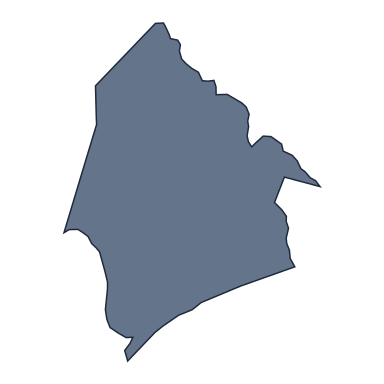 outline of Ouro Branco, Rio Grande do Norte, Brazil
{"feature_id": "56859067B23981894963021", "entity_name": "Ouro Branco", "entity_type": "district", "adm_level": 2, "iso_a3": "BRA", "parent_name": "Brazil", "parent_adm1": "Rio Grande do Norte", "projection": "natural_earth1", "projection_center": [-36.907, -6.684], "detail": "fine", "context": "isolated", "style": "filled", "palette": "slate", "viewbox_px": 384, "rotation_deg": 0, "n_neighbors": 0, "source": "geoboundaries", "source_scale": "gbopen_adm2", "svg_char_len": 1072}
<svg xmlns="http://www.w3.org/2000/svg" viewBox="0 0 384 384"><path d="M64.0,232.7L69.2,229.6L78.0,229.4L83.6,233.1L88.0,236.4L91.7,243.6L96.0,247.6L99.6,252.0L104.9,271.2L107.5,281.9L107.5,288.6L105.4,309.8L106.9,319.5L110.1,327.6L118.6,333.3L126.2,337.6L132.8,337.3L130.1,343.3L124.7,350.5L127.7,361.0L154.7,332.7L162.7,326.2L178.7,315.2L192.2,309.7L201.2,302.5L232.1,289.6L241.0,285.9L294.8,266.8L290.2,258.5L289.4,250.1L286.8,243.8L286.2,238.1L288.5,228.2L286.2,221.4L286.4,216.3L281.8,209.8L274.5,202.5L284.4,177.1L320.0,186.6L315.5,180.6L310.4,177.9L305.0,171.7L300.9,168.7L297.3,161.0L292.2,155.3L283.2,151.1L281.6,144.1L271.0,136.6L263.2,136.1L255.7,142.9L251.7,146.9L248.4,141.6L247.1,135.9L248.6,126.4L247.7,121.2L249.1,114.2L246.2,107.1L242.0,103.1L227.2,94.4L216.1,94.7L216.0,86.9L213.9,80.4L207.9,81.2L202.3,80.7L198.4,72.3L192.0,68.5L186.0,63.7L181.7,59.1L179.4,51.0L180.4,44.7L177.6,40.1L170.5,38.6L169.0,34.2L165.6,26.9L163.5,23.0L155.4,23.4L95.5,85.8L96.3,117.4L96.6,124.5L81.5,174.4L64.0,232.7Z" fill="#64748b" stroke="#1e293b" stroke-width="1.5"/></svg>